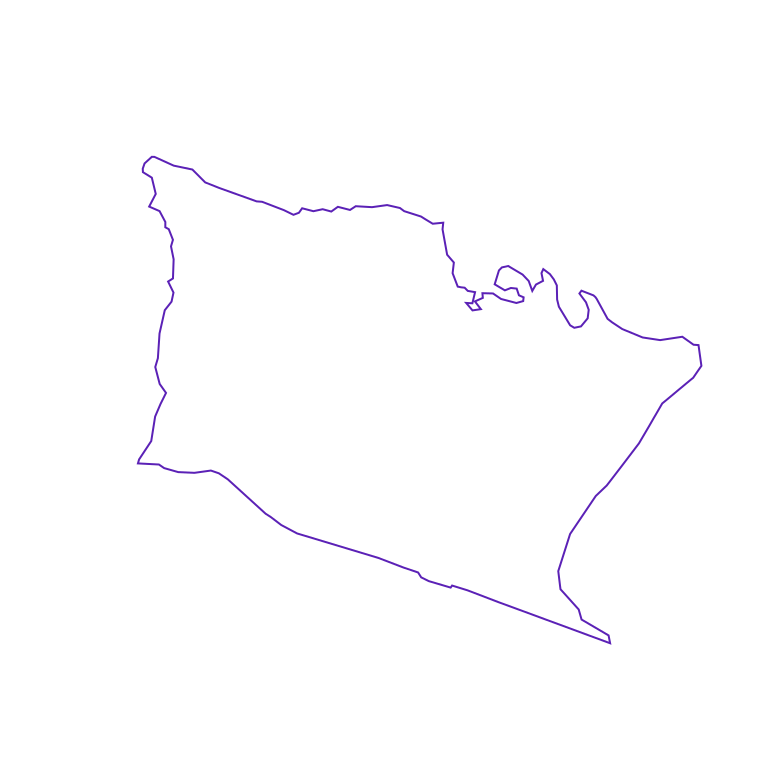 the district of Manatí, Puerto Rico, rotated 109°
{"feature_id": "32010507B74616121786134", "entity_name": "Manatí", "entity_type": "district", "adm_level": 2, "iso_a3": "PRI", "parent_name": "Puerto Rico", "parent_adm1": "", "projection": "equal_earth", "projection_center": [-66.506, 18.418], "detail": "fine", "context": "isolated", "style": "outline", "palette": "violet", "viewbox_px": 768, "rotation_deg": 109, "n_neighbors": 0, "source": "geoboundaries", "source_scale": "gbopen_adm2", "svg_char_len": 2137}
<svg xmlns="http://www.w3.org/2000/svg" viewBox="0 0 768 768"><g transform="rotate(109 384 384)"><path d="M475.6,588.8L489.3,589.8L513.7,585.5L535.0,591.0L539.2,590.8L533.4,570.6L535.1,564.5L534.3,549.9L529.7,534.3L522.2,519.5L522.2,511.1L525.0,500.6L545.2,453.7L546.6,447.9L550.8,435.2L553.6,417.5L550.3,332.6L551.2,305.8L551.1,290.4L554.7,285.9L555.8,277.5L554.8,254.7L552.4,254.0L551.9,237.9L553.0,204.8L553.3,189.1L555.5,85.8L549.5,89.3L548.6,89.8L542.4,120.5L533.8,126.5L520.6,150.3L517.8,151.7L504.2,158.3L465.3,159.2L465.2,159.2L452.9,155.9L420.9,147.3L409.1,141.2L407.6,140.4L403.2,138.9L384.4,132.6L357.1,123.6L336.4,119.4L328.0,117.8L325.1,117.2L311.8,114.6L308.9,112.8L297.5,105.9L294.0,103.8L279.7,95.1L277.5,93.7L270.6,91.8L263.5,89.8L245.2,99.1L244.8,99.3L246.1,104.1L242.2,117.3L252.6,137.2L255.8,154.6L254.5,176.5L251.4,188.5L249.6,193.8L234.3,210.6L233.0,212.4L232.0,214.8L231.5,227.7L234.8,228.7L241.0,219.6L247.2,214.6L255.6,212.8L265.4,216.5L268.9,222.4L267.9,227.1L254.0,243.8L247.8,247.8L234.5,252.7L229.8,257.5L226.1,262.9L223.5,270.8L227.9,271.2L234.7,267.2L240.5,272.7L247.7,274.1L239.5,280.7L235.4,288.6L232.0,305.0L235.4,310.5L239.2,312.3L253.7,311.8L256.1,300.2L251.9,295.3L250.6,289.6L256.2,285.3L256.6,280.2L260.3,279.4L264.3,285.2L265.5,301.0L262.9,310.4L266.1,320.5L270.4,318.6L276.3,324.9L281.7,316.8L285.6,324.3L280.6,332.7L278.9,326.7L267.5,327.8L268.7,335.1L266.7,339.1L267.5,342.7L267.9,346.0L256.9,355.2L246.4,357.5L241.2,366.4L218.7,379.0L212.2,380.5L216.6,390.1L214.8,398.4L213.6,403.5L214.0,421.2L212.4,426.2L213.8,439.3L220.7,452.9L225.1,468.6L230.5,472.8L231.5,485.3L238.1,490.0L238.7,498.9L243.6,507.0L244.5,518.6L249.8,520.2L253.5,524.7L252.2,535.3L251.4,558.6L252.8,563.9L252.3,603.5L251.6,618.7L243.6,635.0L246.0,653.9L244.0,675.1L244.8,677.5L253.4,682.2L259.0,682.2L262.2,680.9L264.5,670.7L278.6,661.7L292.7,663.8L293.6,652.5L302.0,643.5L307.0,641.8L307.7,637.9L316.4,630.5L323.2,630.2L334.6,623.5L352.9,617.9L357.4,621.5L366.1,612.8L375.3,611.7L385.6,615.3L409.3,612.7L433.2,606.2L442.4,605.8L457.0,596.1L463.4,587.2L475.6,588.8Z" fill="none" stroke="#5b21b6" stroke-width="2"/></g></svg>